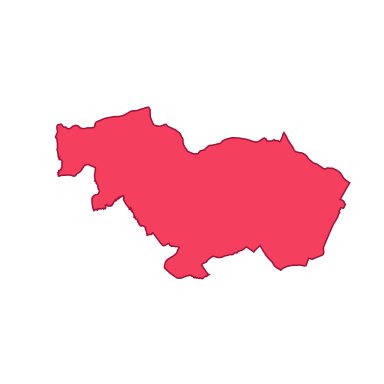 Ko Chan, Chon Buri, Thailand, rotated 199°
{"feature_id": "78962969B17576291228929", "entity_name": "Ko Chan", "entity_type": "district", "adm_level": 2, "iso_a3": "THA", "parent_name": "Thailand", "parent_adm1": "Chon Buri", "projection": "robinson", "projection_center": [101.432, 13.403], "detail": "fine", "context": "isolated", "style": "filled", "palette": "rose", "viewbox_px": 384, "rotation_deg": 199, "n_neighbors": 0, "source": "geoboundaries", "source_scale": "gbopen_adm2", "svg_char_len": 6108}
<svg xmlns="http://www.w3.org/2000/svg" viewBox="0 0 384 384"><g transform="rotate(199 192 192)"><path d="M339.3,212.7L340.8,211.7L341.0,211.2L341.1,210.2L340.3,207.9L338.6,205.1L339.0,200.0L338.9,199.4L336.6,197.9L336.4,196.6L335.1,194.3L334.3,191.9L333.6,190.4L333.5,188.2L332.4,186.9L331.0,184.1L330.2,183.1L330.3,182.2L329.6,182.0L329.5,181.5L328.8,181.7L328.9,181.3L328.6,181.1L328.9,180.8L328.7,180.2L328.1,179.4L326.5,179.9L325.6,179.6L325.0,178.8L324.3,178.4L324.6,177.3L324.0,177.0L323.7,174.6L323.2,174.2L323.1,173.6L323.3,172.4L323.2,171.4L323.3,170.9L323.1,170.6L324.0,169.8L324.2,169.3L324.9,169.0L324.8,168.3L324.4,167.9L324.7,167.6L324.5,166.7L325.0,166.5L324.4,166.0L324.6,165.3L324.2,165.1L324.0,164.5L323.5,164.3L323.5,163.7L322.8,163.6L322.0,164.5L321.2,165.0L314.1,168.0L312.1,168.4L309.3,168.4L308.0,168.9L307.4,169.8L306.7,172.3L305.3,173.3L304.4,174.9L303.9,176.0L302.5,181.4L301.8,182.5L301.0,183.3L298.9,184.2L295.0,183.8L291.4,183.7L291.2,183.6L290.3,180.0L289.6,176.1L288.6,173.7L287.7,172.5L287.6,170.7L286.0,170.6L285.5,169.1L283.6,168.1L283.0,167.4L282.7,166.2L281.7,164.5L280.4,163.3L279.7,162.1L279.8,160.8L280.2,159.5L280.7,158.9L282.5,157.8L283.5,156.8L284.0,155.9L284.5,153.7L284.1,152.2L283.1,149.6L281.6,146.4L280.2,144.1L278.8,142.4L278.3,142.8L278.1,143.6L277.6,144.0L277.3,143.9L277.0,144.2L276.2,143.9L275.8,144.4L275.4,144.3L275.3,144.6L275.7,144.8L275.7,145.3L275.4,145.5L275.0,145.5L274.9,145.9L273.6,145.9L273.0,146.4L272.2,146.4L271.9,146.9L270.9,147.6L270.2,147.7L270.0,147.3L269.7,147.9L268.5,147.9L268.4,148.5L268.5,149.3L268.7,149.5L268.8,150.4L269.3,150.6L269.0,151.1L269.4,151.6L268.7,151.8L268.3,152.5L266.7,151.2L266.2,151.7L265.4,151.8L265.1,152.2L264.5,152.1L264.2,153.3L263.8,153.5L263.4,153.2L263.3,154.7L262.7,155.3L262.7,157.8L262.0,158.2L261.9,158.5L261.4,158.8L261.7,159.5L260.9,159.1L260.6,159.3L260.6,159.6L260.9,159.5L260.9,159.8L260.5,161.2L260.1,161.3L260.1,161.7L259.6,161.7L259.9,162.2L259.8,162.7L259.2,162.3L258.7,162.6L258.7,163.2L258.5,163.8L258.2,163.9L258.1,163.6L257.8,164.0L257.9,164.6L257.3,164.9L256.9,164.8L256.8,165.2L255.8,166.2L255.1,165.3L254.7,165.0L254.5,164.5L254.2,164.4L254.4,163.1L254.3,162.3L251.8,160.4L251.3,159.9L251.2,159.4L249.8,158.7L246.6,156.5L246.2,156.5L245.9,155.7L245.5,155.8L245.5,155.3L244.4,155.9L244.7,156.9L244.1,156.7L243.3,155.5L243.3,155.4L243.8,155.3L243.7,154.9L242.3,154.5L242.1,154.2L242.3,153.8L241.7,153.8L240.7,153.2L240.3,152.9L239.9,151.6L239.0,151.2L238.8,150.3L238.8,149.3L238.2,149.2L238.3,149.8L237.2,149.8L237.1,148.6L236.7,148.1L235.6,148.2L235.1,147.9L233.7,147.4L233.6,146.8L233.2,146.4L233.5,146.0L232.4,145.6L232.0,145.0L231.3,144.8L231.3,143.9L229.5,143.3L228.6,143.4L228.5,143.9L228.0,144.2L224.5,143.6L224.5,142.6L221.6,138.9L220.3,136.4L218.8,137.8L216.3,138.7L216.1,140.5L215.6,140.7L205.4,133.7L202.4,132.0L201.5,131.9L200.7,132.4L199.4,133.6L198.6,134.6L197.0,135.9L196.6,135.7L196.3,135.1L195.6,134.5L194.7,134.1L194.2,134.3L193.7,133.9L192.9,134.5L191.9,134.8L189.4,135.0L188.8,135.5L186.3,135.6L186.1,135.3L186.0,134.4L186.7,132.5L186.5,130.3L186.7,129.2L188.4,126.1L192.6,120.9L194.0,118.5L194.3,116.7L193.7,112.2L193.2,111.4L192.3,110.7L186.3,108.2L180.3,106.4L178.5,105.9L177.5,105.9L174.6,106.8L170.1,110.6L166.4,112.8L165.9,112.9L164.8,112.3L163.3,112.6L162.9,112.3L162.7,111.8L162.3,111.7L161.6,112.4L161.4,112.0L160.9,112.6L160.1,112.0L159.3,112.3L158.9,112.7L158.1,112.5L157.5,112.8L157.0,112.7L156.5,113.3L156.5,113.5L154.9,113.3L154.3,113.3L154.1,113.6L153.7,113.7L152.8,115.6L152.2,115.9L151.7,117.0L150.6,116.9L150.4,117.9L148.9,119.5L150.3,119.6L153.0,121.4L158.6,125.7L159.0,126.1L159.1,126.6L159.0,127.0L158.3,128.0L155.8,130.3L154.6,133.6L151.5,137.9L149.7,138.4L146.7,138.4L143.8,139.3L142.0,140.5L139.8,142.6L137.8,143.6L135.9,145.1L133.4,145.9L132.6,146.7L132.1,147.9L131.6,148.4L129.6,149.1L129.2,149.6L129.1,150.7L128.6,151.2L126.0,153.1L125.1,154.1L124.3,155.2L123.4,156.9L122.4,157.8L114.0,155.4L113.4,157.4L110.2,163.7L105.2,159.2L100.7,155.7L92.7,151.4L91.6,150.2L88.9,148.4L82.6,147.0L81.6,148.9L80.5,150.3L78.5,152.1L75.9,153.9L71.9,155.9L68.9,156.9L67.1,157.8L65.4,158.3L62.1,158.6L60.3,159.3L60.1,167.2L56.2,167.6L55.2,168.8L49.3,173.8L47.8,175.4L47.6,176.6L47.8,178.0L49.4,181.5L49.6,182.3L49.6,185.7L48.0,206.4L47.7,208.5L46.7,212.4L46.6,213.7L46.1,215.4L46.2,218.5L45.6,220.7L46.7,221.9L46.8,222.3L46.2,223.9L46.1,225.8L44.3,225.8L43.4,226.2L42.9,230.3L43.9,230.7L45.3,232.4L46.2,232.9L47.2,233.2L49.5,233.1L46.7,248.1L45.8,252.0L48.7,252.7L52.8,254.2L58.0,258.4L61.9,259.7L64.0,259.8L66.7,260.3L68.1,259.7L71.9,258.8L73.6,257.2L74.7,256.9L76.7,257.3L78.7,258.0L80.7,258.3L82.4,259.0L86.9,259.0L92.3,261.1L94.7,262.9L96.8,264.1L100.9,264.7L103.9,264.1L107.0,263.9L108.2,264.2L109.0,264.7L110.8,266.7L116.3,270.9L118.8,273.0L120.9,275.3L124.4,278.1L124.8,275.8L124.5,274.2L124.8,270.8L125.3,268.1L126.7,268.1L127.3,268.7L129.7,267.6L131.2,268.3L132.7,266.8L133.0,266.2L137.7,264.6L138.2,264.8L138.4,265.4L139.0,266.2L141.3,266.6L145.3,261.7L146.4,260.7L147.6,260.1L150.2,259.7L157.0,259.6L165.7,258.2L171.6,256.4L172.9,255.7L177.5,252.5L179.5,250.5L180.6,248.0L181.2,247.2L186.9,243.5L190.7,241.6L191.7,240.5L194.3,235.6L196.8,234.1L197.7,233.3L198.5,231.0L199.0,230.1L202.0,228.9L203.8,228.6L207.0,228.9L209.7,229.0L210.8,230.3L212.5,231.3L215.3,233.8L216.0,235.3L216.5,235.5L217.5,238.3L218.3,239.7L218.8,240.2L219.5,240.4L222.2,243.4L227.9,245.4L235.7,246.1L236.7,246.4L238.6,247.6L240.3,246.6L242.4,244.6L244.3,243.5L247.2,243.0L249.9,243.1L251.6,244.4L255.8,249.3L258.6,256.4L259.2,257.1L260.5,258.0L261.1,258.0L262.4,257.2L271.0,250.8L274.4,249.5L276.3,248.3L280.2,243.6L283.3,240.9L286.8,239.1L289.1,238.4L292.4,236.7L297.2,234.0L299.3,232.4L304.4,227.9L305.6,226.4L305.9,224.9L305.3,223.1L305.3,222.5L305.7,221.4L306.3,220.8L309.5,219.3L311.5,218.7L314.8,216.7L315.9,216.4L318.0,216.2L318.8,216.3L321.2,217.4L322.9,217.4L323.5,217.2L326.1,215.4L327.5,213.0L328.5,211.9L329.4,211.5L331.2,211.6L332.5,212.4L333.8,211.7L335.0,211.7L337.4,213.5L337.8,213.5L339.3,212.7Z" fill="#f43f5e" stroke="#9f1239" stroke-width="1.5"/></g></svg>